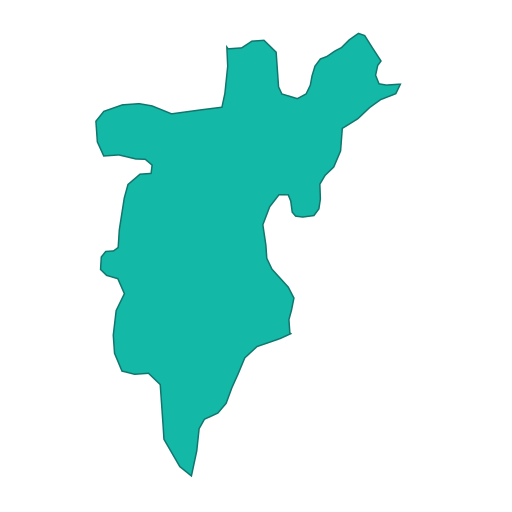 an SVG outline of Studeničani, rotated 356°
{"feature_id": "MKD-2912", "entity_name": "Studeničani", "entity_type": "Statistical Region", "adm_level": 1, "iso_a3": "MKD", "parent_name": "North Macedonia", "parent_adm1": "", "projection": "equal_earth", "projection_center": [21.451, 41.794], "detail": "fine", "context": "isolated", "style": "filled", "palette": "teal", "viewbox_px": 512, "rotation_deg": 356, "n_neighbors": 0, "source": "natural_earth", "source_scale": "10m", "svg_char_len": 1503}
<svg xmlns="http://www.w3.org/2000/svg" viewBox="0 0 512 512"><g transform="rotate(356 256 256)"><path d="M126.6,365.5L117.6,362.5L114.3,361.5L108.1,343.2L108.1,325.0L112.7,300.7L122.1,284.4L116.6,269.0L105.6,264.9L100.0,258.6L101.6,246.2L106.4,241.0L114.2,241.0L119.1,237.9L121.5,220.2L128.6,189.1L133.3,175.7L146.0,166.3L157.1,166.3L158.7,158.1L152.3,151.8L142.8,150.8L126.2,145.6L111.1,145.6L105.7,131.1L105.7,110.4L114.3,101.1L133.3,95.9L150.1,95.9L162.7,99.0L181.7,108.3L212.5,106.3L232.4,105.2L236.3,91.7L241.0,64.8L241.5,45.6L242.7,47.4L245.7,47.4L256.2,47.4L266.9,41.4L279.0,41.4L290.3,54.1L290.3,72.8L290.3,88.9L293.1,96.2L308.2,101.9L317.3,97.8L322.1,89.4L324.5,80.1L328.1,70.7L334.0,63.9L340.7,61.9L348.7,57.2L350.2,56.5L355.8,54.1L364.2,46.8L372.5,41.8L373.8,41.1L379.8,43.7L386.5,56.2L394.3,70.2L390.7,74.4L387.9,84.0L390.7,92.8L398.0,94.6L410.7,94.6L412.0,94.7L406.8,103.8L391.2,108.7L379.9,115.7L367.1,126.2L351.0,134.7L347.7,157.1L339.8,172.6L330.5,180.4L324.7,188.8L324.2,203.6L322.0,213.4L316.6,219.7L305.3,220.4L298.3,219.0L295.2,214.8L294.5,203.6L292.4,197.2L283.2,196.5L273.1,207.8L265.0,225.3L266.6,245.8L266.6,259.1L271.0,270.3L286.0,289.3L290.9,300.6L287.6,312.6L284.4,321.7L284.4,335.1L285.3,335.9L274.4,340.0L250.7,346.4L237.7,356.8L229.9,372.4L222.9,385.4L215.9,400.9L207.0,410.0L193.2,415.2L187.2,424.3L183.3,446.3L177.6,466.1L176.2,470.9L165.3,460.8L151.4,432.4L151.5,416.2L151.5,377.6L140.6,365.5L126.6,365.5Z" fill="#14b8a6" stroke="#0f766e" stroke-width="1.5"/></g></svg>